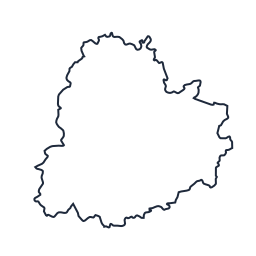 map outline of Tula (Albers equal-area conic projection), rotated 83°
{"feature_id": "RUS-2368", "entity_name": "Tula", "entity_type": "Region", "adm_level": 1, "iso_a3": "RUS", "parent_name": "Russia", "parent_adm1": "", "projection": "albers", "projection_center": [37.489, 53.9], "detail": "fine", "context": "isolated", "style": "outline", "palette": "slate", "viewbox_px": 256, "rotation_deg": 83, "n_neighbors": 0, "source": "natural_earth", "source_scale": "10m", "svg_char_len": 5759}
<svg xmlns="http://www.w3.org/2000/svg" viewBox="0 0 256 256"><g transform="rotate(83 128 128)"><path d="M223.1,163.6L222.6,163.6L222.0,163.9L220.6,165.0L218.7,165.8L212.7,166.9L211.8,168.1L210.9,169.9L210.5,170.9L211.1,171.6L212.2,172.6L212.6,173.2L212.3,174.5L211.8,175.7L211.7,177.0L212.6,178.9L214.5,181.8L214.8,182.8L214.9,183.3L214.9,183.6L214.4,184.3L213.5,185.0L209.4,187.8L206.1,188.1L196.6,191.7L199.0,194.2L200.4,195.0L201.9,197.2L204.1,198.9L204.5,199.6L204.6,200.2L204.5,201.8L203.5,204.9L203.3,207.1L203.9,208.5L206.6,211.4L207.0,211.9L207.2,212.5L207.2,212.9L206.7,214.2L204.5,217.5L204.5,218.4L205.2,219.2L204.6,220.0L200.5,221.6L197.6,220.7L196.7,220.9L194.1,223.8L193.0,224.6L190.1,225.9L189.8,226.5L189.7,228.2L189.3,228.9L188.5,229.5L187.3,229.6L186.9,229.5L186.1,228.7L185.2,226.3L183.6,223.2L182.7,223.1L180.6,224.3L179.6,224.2L178.7,223.9L177.7,223.4L172.9,219.2L172.3,219.1L171.6,219.0L167.3,219.8L166.4,219.8L164.9,219.4L162.7,218.2L160.9,217.8L160.1,217.9L159.1,219.0L157.9,221.7L157.5,223.0L157.0,223.8L155.5,224.8L154.4,222.1L153.1,217.8L152.0,216.1L149.1,213.7L147.1,211.5L146.0,211.0L145.4,211.4L143.9,213.0L143.0,213.4L140.5,213.6L138.8,211.1L137.2,207.5L136.8,205.5L136.8,204.4L137.1,198.9L137.7,195.7L137.7,194.5L137.5,194.0L137.2,193.7L132.4,195.9L131.5,195.7L129.8,194.0L128.5,192.9L127.5,192.6L125.6,192.3L122.9,192.5L122.1,192.9L119.9,194.9L118.7,196.3L117.3,197.2L115.3,198.2L113.6,198.6L111.8,198.1L110.3,197.4L108.0,195.8L106.5,195.4L101.4,195.0L100.3,192.4L99.7,192.4L98.2,194.0L97.1,194.5L95.5,194.6L88.3,193.4L86.6,192.6L86.2,192.3L82.1,187.7L80.0,183.3L79.9,182.5L80.0,181.2L79.8,180.7L79.4,180.4L76.8,179.5L76.0,179.6L75.5,180.0L74.3,181.5L72.9,182.6L71.9,182.9L70.8,183.0L69.4,182.5L68.0,181.8L64.4,179.2L62.0,178.8L61.3,178.1L60.4,176.2L58.1,174.5L56.3,172.6L56.6,170.0L55.7,169.4L55.0,168.2L53.6,165.5L52.9,164.8L52.2,164.6L51.8,164.2L51.6,162.8L50.8,163.2L45.7,164.7L43.4,164.7L42.9,164.7L42.3,164.2L41.0,162.7L40.2,162.1L38.3,161.8L37.8,161.6L37.6,161.2L37.6,159.2L37.4,157.8L36.2,155.2L36.2,153.9L37.2,152.7L39.9,150.2L40.6,149.1L40.7,148.5L40.6,148.1L37.7,146.2L36.9,146.1L35.2,146.5L34.8,146.4L34.3,146.1L34.1,145.7L34.1,144.4L33.8,142.2L32.7,139.5L34.6,138.4L35.0,137.5L34.9,135.6L34.6,134.9L34.3,134.6L32.5,133.9L32.0,133.6L31.5,132.8L31.6,132.5L31.8,132.3L34.5,132.0L35.3,131.6L35.8,130.9L36.0,130.4L36.1,128.2L36.3,126.7L36.7,125.4L39.2,122.9L40.7,121.9L43.3,121.5L44.6,120.7L45.0,119.9L45.0,119.2L44.4,116.6L44.5,115.5L45.4,113.6L46.7,111.7L50.4,110.4L51.0,109.9L51.5,109.0L51.4,107.4L50.8,106.2L50.6,105.9L48.9,104.9L47.7,104.8L46.2,105.0L44.3,105.9L43.6,105.9L43.4,105.7L42.6,103.8L42.6,103.4L42.9,103.2L44.1,103.3L45.0,103.1L45.2,102.5L45.1,101.7L44.6,101.3L43.5,101.0L43.0,100.3L39.4,97.2L39.5,96.3L40.0,95.7L42.3,94.7L43.3,94.6L44.3,94.9L44.9,95.3L45.9,96.3L47.4,98.3L48.4,99.0L49.5,99.5L50.1,99.5L50.5,99.4L52.4,97.1L52.8,96.4L53.1,95.5L53.1,94.7L53.0,92.3L53.2,91.8L53.7,91.2L54.1,91.0L54.4,91.2L55.4,92.6L56.1,92.8L60.6,92.6L61.3,92.7L62.8,93.9L63.5,94.1L63.8,93.9L64.1,93.6L64.0,92.8L63.8,92.1L64.0,91.7L64.5,91.1L66.8,89.6L67.3,89.2L67.2,88.4L66.9,87.4L66.7,86.6L66.9,86.0L67.5,85.6L73.4,85.2L83.5,82.7L85.2,83.7L85.3,84.6L84.3,85.9L84.2,86.5L84.7,86.9L87.4,86.7L89.9,85.5L91.1,85.3L93.7,86.4L94.7,86.5L95.8,86.1L96.9,85.4L97.8,83.8L98.2,82.5L98.3,81.5L98.1,80.1L97.5,78.7L97.3,78.1L97.6,77.4L99.1,75.3L99.5,74.3L99.4,73.3L98.9,72.4L97.0,68.6L96.2,67.5L95.6,67.1L95.2,67.1L93.9,67.7L93.5,67.7L93.1,67.5L92.3,66.4L92.0,64.4L91.9,61.6L91.7,60.5L91.0,59.3L89.8,57.8L89.4,56.7L89.5,54.9L89.4,52.3L89.6,51.0L90.1,50.5L91.2,50.3L94.6,51.4L95.1,51.9L95.8,53.2L96.3,53.6L98.8,53.2L101.5,53.7L103.0,54.5L104.4,55.8L105.4,57.3L105.7,58.4L106.3,59.1L107.4,57.7L114.9,42.7L115.3,41.3L115.2,40.2L113.4,39.4L113.6,38.5L114.6,36.8L115.5,34.4L115.8,32.9L115.9,31.2L116.2,29.7L118.2,26.7L126.0,28.1L129.0,27.2L130.0,27.3L130.8,28.2L131.9,31.1L133.1,32.8L136.5,35.3L136.8,35.9L137.0,37.2L144.0,39.9L148.3,38.4L149.4,37.5L150.1,32.6L149.9,31.5L148.9,29.5L148.8,28.3L149.2,28.0L150.0,27.8L151.7,27.9L152.4,27.6L153.9,26.6L154.7,26.4L160.6,27.0L160.9,28.0L161.8,30.1L162.0,31.5L161.9,33.0L162.1,33.5L162.8,33.8L164.3,33.7L165.2,34.2L166.1,34.9L166.8,35.9L166.8,36.7L166.6,38.2L166.6,39.0L167.0,39.8L167.7,40.3L168.7,40.8L171.1,40.9L171.9,41.3L173.2,43.1L173.6,43.3L174.7,42.6L175.8,42.3L176.2,42.4L176.5,42.6L177.7,45.2L178.3,45.6L186.0,46.6L187.4,45.8L188.9,46.9L189.3,47.1L193.6,47.5L194.2,47.7L195.7,49.4L197.0,52.0L197.1,52.6L197.1,53.3L196.6,53.8L195.5,54.0L195.0,54.5L194.4,55.5L193.4,57.8L192.5,59.5L191.6,60.1L189.4,60.6L188.5,61.2L188.4,61.8L189.0,63.2L189.2,65.8L189.7,66.8L191.4,69.0L193.8,72.9L194.3,73.4L196.3,74.3L196.7,74.7L197.0,75.5L197.3,77.4L197.5,83.0L197.9,85.5L202.6,87.3L205.3,89.3L207.7,90.2L207.8,95.3L207.6,97.5L207.8,98.3L208.2,98.6L208.5,98.5L209.6,96.9L210.5,96.4L211.2,96.3L212.0,96.5L212.7,97.3L212.9,98.1L213.1,100.4L213.6,102.0L213.2,102.7L212.4,103.4L210.9,104.3L210.3,104.9L209.3,107.0L209.2,108.6L209.7,110.8L210.5,113.5L210.5,116.0L210.6,116.5L212.0,116.6L212.4,115.5L212.6,115.2L212.9,115.2L213.3,115.6L213.9,117.3L214.0,118.2L214.0,120.3L214.1,121.0L214.3,121.4L214.7,121.9L216.4,122.9L219.1,123.4L218.9,125.3L218.4,126.1L217.4,127.1L216.7,128.1L215.9,129.5L215.9,130.0L216.0,130.5L216.5,131.2L217.5,132.1L217.8,132.9L217.8,133.7L217.6,134.1L217.4,134.5L216.5,135.1L216.5,135.5L216.6,136.2L217.3,137.5L217.5,138.5L217.5,139.1L216.8,140.2L216.8,140.7L217.0,141.3L217.9,142.1L218.4,142.4L219.0,142.6L222.6,142.6L223.6,143.2L224.1,144.0L224.5,145.4L224.5,146.8L223.6,150.6L223.2,153.9L222.8,154.8L221.4,156.1L221.1,156.8L221.2,157.1L221.6,157.4L224.1,158.4L224.3,158.8L224.3,159.4L223.0,161.6L222.9,162.2L223.1,163.6Z" fill="none" stroke="#1e293b" stroke-width="2"/></g></svg>